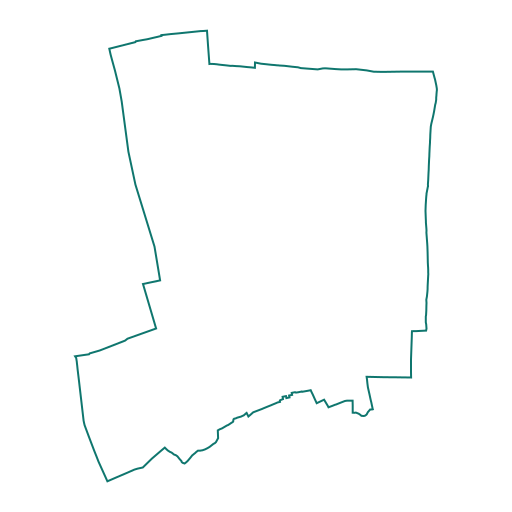 Targu Bujor, Galati, Romania
{"feature_id": "2599482B16155789325197", "entity_name": "Targu Bujor", "entity_type": "district", "adm_level": 2, "iso_a3": "ROU", "parent_name": "Romania", "parent_adm1": "Galati", "projection": "albers", "projection_center": [27.937, 45.873], "detail": "fine", "context": "isolated", "style": "outline", "palette": "teal", "viewbox_px": 512, "rotation_deg": 0, "n_neighbors": 0, "source": "geoboundaries", "source_scale": "gbopen_adm2", "svg_char_len": 4504}
<svg xmlns="http://www.w3.org/2000/svg" viewBox="0 0 512 512"><path d="M75.1,356.3L76.2,358.0L76.4,359.3L76.8,361.8L76.9,363.0L77.2,365.5L77.6,369.4L79.1,381.9L79.2,382.8L81.2,400.0L83.6,420.7L84.1,423.1L84.6,425.2L88.8,436.5L94.2,450.7L96.4,456.2L98.5,461.6L107.4,481.3L116.6,477.3L126.2,473.2L134.4,469.6L137.7,468.6L142.8,467.5L151.9,458.6L158.3,453.1L159.0,452.5L162.4,449.6L164.8,447.6L166.5,449.3L167.8,450.5L168.8,451.1L169.6,451.7L171.6,452.6L172.4,453.2L173.8,454.4L174.4,454.7L175.7,455.1L177.4,456.3L177.5,456.4L178.6,457.8L179.8,459.3L180.0,459.5L181.4,461.0L181.5,461.4L181.7,462.0L182.6,462.8L184.6,463.5L185.8,462.6L186.4,462.1L187.7,460.9L189.3,459.0L190.4,457.7L191.1,456.8L192.2,455.4L193.1,454.7L193.7,454.2L194.4,453.6L195.1,453.1L196.1,452.1L197.9,450.7L200.1,450.7L200.9,450.5L202.4,450.3L205.0,449.4L207.4,448.2L208.6,447.5L209.6,446.9L213.4,443.9L214.8,443.2L215.2,442.8L215.9,442.2L218.1,438.2L217.8,430.4L218.3,430.1L219.7,429.3L222.0,428.4L225.2,426.5L226.9,425.5L227.6,425.2L228.0,425.1L229.7,424.0L230.7,423.3L232.9,421.9L233.2,421.5L233.3,420.2L233.5,419.5L233.6,419.2L234.2,418.7L235.3,418.5L235.9,418.3L236.8,417.9L237.1,417.7L240.7,416.7L241.5,416.4L242.2,416.0L243.7,415.4L244.4,414.8L246.2,413.2L246.6,412.9L248.4,416.5L250.3,414.9L253.2,412.3L254.0,412.0L261.1,409.3L261.7,409.1L263.5,408.3L267.4,406.7L271.4,405.1L271.8,404.9L276.4,403.0L277.4,402.5L280.0,401.9L279.8,400.7L280.0,400.3L281.2,399.8L283.0,399.1L282.6,396.8L286.0,396.1L286.2,397.0L286.4,398.1L289.5,397.4L289.3,396.4L289.1,395.5L292.1,394.9L291.7,392.9L292.0,392.8L295.1,392.2L295.9,392.6L298.7,392.2L298.9,392.1L301.5,391.6L301.8,391.5L302.1,391.8L307.7,390.8L309.9,390.4L310.1,390.3L310.7,390.2L311.5,392.0L312.7,394.4L314.9,399.3L316.7,403.2L322.4,400.5L324.1,399.7L327.8,405.9L328.5,407.3L329.0,407.1L332.5,405.8L335.2,404.7L335.8,404.6L340.3,402.8L344.9,401.0L346.8,400.7L351.4,400.7L352.6,400.7L352.7,405.4L352.7,412.4L352.7,412.7L354.5,412.8L355.5,412.6L356.2,412.7L356.5,412.8L356.9,413.0L358.7,413.7L360.3,414.8L361.4,415.8L363.5,416.0L364.8,415.8L365.9,415.1L366.7,414.4L367.2,413.4L367.9,412.1L369.3,410.5L370.1,409.5L371.0,409.5L372.3,409.4L372.5,409.4L372.8,409.3L372.7,409.0L371.3,402.4L370.8,400.4L370.4,398.6L369.3,393.5L369.2,393.1L367.9,387.3L367.4,383.4L367.0,379.5L366.6,376.8L384.0,377.2L396.9,377.3L403.0,377.4L404.1,377.4L411.1,377.5L411.0,372.1L411.0,368.4L411.0,359.4L411.8,336.7L411.9,332.1L412.0,331.2L414.7,331.1L416.6,331.1L422.1,330.8L426.1,330.6L426.5,328.6L426.2,324.4L425.8,322.3L425.8,319.4L425.8,319.0L425.8,316.5L426.0,315.5L426.1,314.4L426.2,312.5L426.3,310.6L426.4,305.5L426.5,303.0L426.3,299.8L426.9,296.6L427.4,291.9L427.5,290.5L427.6,289.0L427.6,287.4L427.7,284.9L428.2,275.4L428.3,274.1L428.2,272.6L428.2,270.0L428.1,267.4L428.0,266.1L427.8,262.3L427.8,262.0L427.7,256.6L427.6,252.4L427.4,246.5L427.2,243.3L426.4,232.6L426.5,230.6L426.4,228.7L425.9,222.5L425.9,221.1L425.8,219.0L425.5,210.9L425.7,205.1L426.1,198.7L426.3,196.1L426.5,194.5L426.5,193.7L427.9,186.5L428.0,186.4L428.0,185.7L427.9,184.5L428.2,180.0L428.5,173.2L428.7,169.9L428.8,166.2L429.1,159.5L429.3,156.5L429.4,153.4L429.7,147.0L430.0,142.6L430.0,141.3L430.2,138.1L430.3,134.6L430.5,131.2L430.8,126.6L431.3,123.8L432.9,117.2L433.5,114.4L434.1,111.3L435.2,104.7L435.7,102.9L436.2,99.6L436.2,97.6L436.4,95.7L436.5,93.9L436.6,92.8L436.7,91.6L436.8,90.8L436.9,90.0L436.8,88.4L436.3,85.4L435.0,79.3L434.6,78.0L434.2,76.5L433.8,75.0L432.9,71.6L401.9,71.6L382.6,71.9L373.7,71.7L366.7,70.4L356.2,69.2L347.1,69.4L341.1,69.4L335.8,69.1L325.5,68.3L322.9,68.4L317.7,69.4L300.8,68.1L298.0,67.3L292.0,66.7L284.4,65.8L279.2,65.5L278.7,65.4L277.2,65.3L276.8,65.3L276.0,65.2L275.1,65.1L271.4,64.8L267.6,64.4L266.8,64.3L263.9,64.0L261.0,63.7L255.0,62.5L254.9,67.8L251.2,67.4L247.6,67.1L243.8,66.7L240.1,66.3L238.1,66.2L236.1,66.1L232.2,65.8L230.7,65.9L228.2,65.6L225.6,65.3L221.7,64.9L219.0,64.6L217.0,64.3L214.0,64.0L211.0,63.9L210.2,63.9L209.4,64.0L208.0,45.1L207.0,30.7L203.2,31.0L200.5,31.1L178.2,33.4L170.5,34.1L166.2,34.6L164.4,34.8L161.4,35.1L161.5,35.9L159.7,36.3L157.3,36.9L154.2,37.6L148.3,39.0L146.9,39.3L143.4,39.9L135.8,41.3L135.4,42.1L117.3,46.7L111.0,48.3L109.3,48.7L110.1,52.4L110.6,54.6L112.0,59.8L114.2,67.8L114.9,70.3L119.4,88.5L121.7,101.5L128.4,151.7L135.4,184.5L154.5,246.6L159.1,274.3L160.1,280.4L143.0,284.0L156.1,328.5L141.8,333.6L127.5,338.7L125.1,340.6L99.7,350.5L89.7,353.4L89.0,354.3L84.7,354.9L79.9,355.6L76.4,356.1L75.1,356.3Z" fill="none" stroke="#0f766e" stroke-width="2"/></svg>